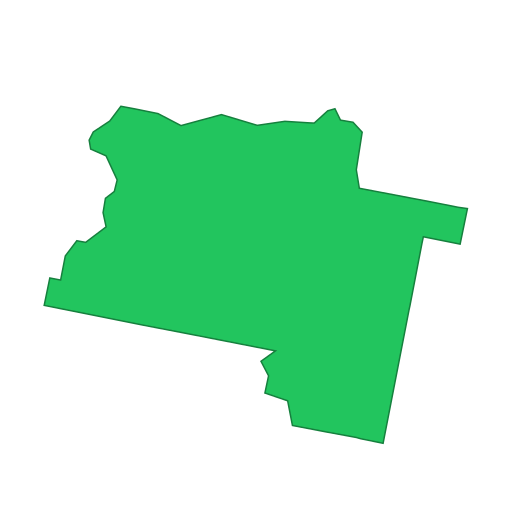 the district of Wagoner, Oklahoma, United States of America, rotated 191°
{"feature_id": "52423323B74853588584421", "entity_name": "Wagoner", "entity_type": "district", "adm_level": 2, "iso_a3": "USA", "parent_name": "United States of America", "parent_adm1": "Oklahoma", "projection": "natural_earth1", "projection_center": [-95.526, 35.964], "detail": "fine", "context": "isolated", "style": "filled", "palette": "green", "viewbox_px": 512, "rotation_deg": 191, "n_neighbors": 0, "source": "geoboundaries", "source_scale": "gbopen_adm2", "svg_char_len": 869}
<svg xmlns="http://www.w3.org/2000/svg" viewBox="0 0 512 512"><g transform="rotate(191 256 256)"><path d="M92.4,342.5L167.5,342.2L174.0,359.8L175.4,397.8L186.3,405.8L199.0,405.5L206.6,415.6L213.3,412.2L224.2,397.6L228.8,396.9L253.4,393.7L279.7,384.5L316.9,388.2L354.5,369.7L379.4,377.1L403.2,377.3L417.2,377.2L425.3,360.6L439.4,346.7L441.9,337.9L438.7,329.4L422.3,325.7L406.8,304.2L407.4,292.3L414.8,283.9L414.4,269.4L408.7,256.0L425.8,236.9L434.8,236.8L443.2,219.7L443.2,195.1L454.2,195.1L454.5,167.1L353.0,166.6L304.0,166.7L218.8,166.6L231.0,153.6L220.8,140.8L221.1,123.2L197.3,119.9L187.9,96.6L153.2,96.7L122.8,97.0L118.4,96.6L95.5,96.4L95.5,119.9L95.5,131.5L95.5,143.2L95.5,154.6L95.5,189.8L95.5,201.5L95.5,213.1L95.5,232.4L95.4,236.5L95.5,300.1L95.4,306.8L57.9,306.6L57.5,342.9L66.8,342.4L92.4,342.5Z" fill="#22c55e" stroke="#15803d" stroke-width="1.5"/></g></svg>